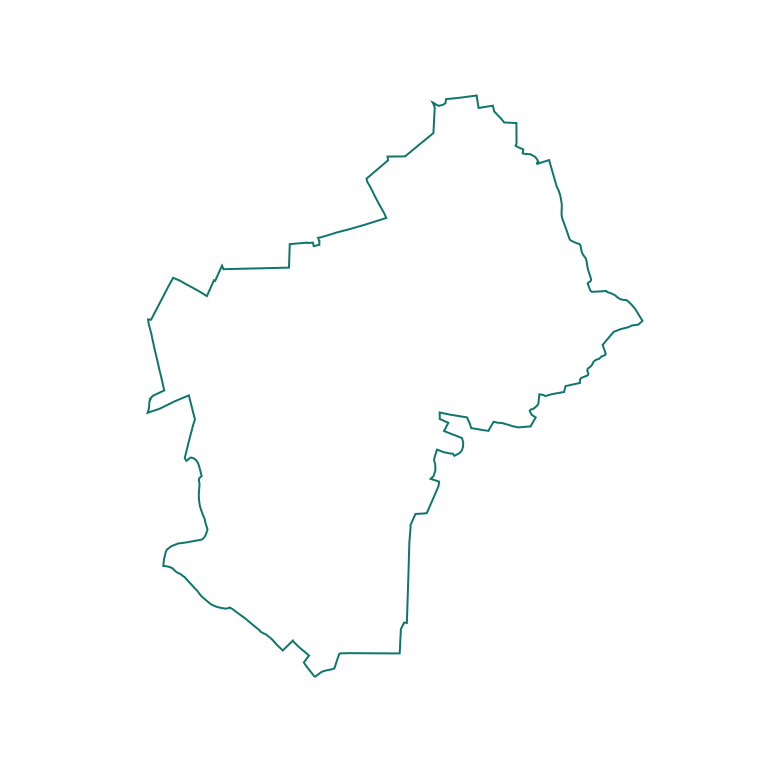 the district of Tarcea, Bihor, Romania, rotated 10°
{"feature_id": "2599482B43018225776190", "entity_name": "Tarcea", "entity_type": "district", "adm_level": 2, "iso_a3": "ROU", "parent_name": "Romania", "parent_adm1": "Bihor", "projection": "orthographic", "projection_center": [22.196, 47.457], "detail": "fine", "context": "isolated", "style": "outline", "palette": "teal", "viewbox_px": 768, "rotation_deg": 10, "n_neighbors": 0, "source": "geoboundaries", "source_scale": "gbopen_adm2", "svg_char_len": 5044}
<svg xmlns="http://www.w3.org/2000/svg" viewBox="0 0 768 768"><g transform="rotate(10 384 384)"><path d="M446.2,646.6L445.6,641.5L444.7,634.5L443.2,622.5L445.2,615.5L448.0,615.3L440.6,563.7L438.5,549.4L436.4,535.1L435.0,519.7L434.6,518.8L434.7,517.8L436.3,511.6L437.0,508.7L437.2,508.0L437.6,506.5L445.8,504.6L448.5,503.8L452.3,488.4L455.4,475.0L455.3,470.6L446.4,469.3L448.8,466.0L449.6,460.2L448.4,454.3L446.5,450.3L446.5,447.7L447.6,439.4L454.3,440.7L461.2,441.0L463.8,440.6L465.8,442.5L470.4,438.9L471.8,436.7L472.3,435.4L472.7,432.5L472.2,427.9L470.2,423.7L457.1,421.1L451.3,419.9L454.1,411.0L445.0,408.8L443.8,402.4L454.0,402.7L471.6,402.5L475.1,407.7L477.7,412.4L479.1,412.3L482.5,412.2L489.9,412.2L495.1,412.0L495.6,410.0L498.5,402.2L502.7,402.4L507.2,401.9L509.4,402.2L514.2,402.7L517.8,403.2L523.9,403.4L534.0,400.7L535.6,400.5L539.2,390.6L534.8,388.7L532.1,385.1L533.2,383.4L535.2,382.8L538.4,378.9L539.4,376.8L538.8,367.2L542.7,367.1L544.9,367.9L551.2,364.8L562.7,360.6L562.9,357.5L563.2,354.5L576.8,348.9L576.2,346.3L576.9,344.0L582.5,340.5L583.4,339.6L583.4,338.2L581.8,335.4L582.0,333.5L584.9,330.3L585.7,328.6L586.6,325.4L588.7,323.3L591.4,321.9L593.6,319.0L596.5,317.3L597.2,315.8L592.5,307.6L594.8,303.6L598.0,298.1L601.2,292.7L607.8,288.7L614.7,285.7L618.0,283.3L624.1,281.4L627.6,276.9L620.4,268.8L618.5,266.6L614.3,263.1L612.5,261.8L610.6,260.6L610.0,260.2L609.0,259.7L608.2,259.3L605.9,259.5L604.4,259.6L602.0,259.4L599.0,258.2L596.5,256.7L596.1,256.4L594.8,256.1L592.6,255.4L590.9,255.1L588.7,254.8L587.9,254.7L587.4,254.3L586.9,253.8L583.2,254.7L577.8,256.0L575.2,256.6L572.5,257.1L571.0,256.1L569.3,253.4L567.1,249.5L567.7,248.6L569.3,247.2L569.9,245.8L569.4,244.1L568.8,242.9L568.1,241.7L566.0,237.7L564.5,234.7L562.4,228.6L561.6,226.6L561.0,225.4L558.9,223.4L557.3,221.7L555.9,219.8L554.7,216.8L553.6,214.0L553.0,212.9L551.8,212.1L549.9,212.0L546.9,211.3L543.2,210.3L541.9,209.5L540.6,207.3L536.0,199.0L533.5,194.6L531.0,190.4L530.1,188.5L529.4,186.1L528.9,182.8L528.2,177.9L527.6,175.4L526.3,171.5L524.7,167.5L523.4,165.0L521.8,162.2L520.2,160.4L507.7,134.8L496.7,140.6L496.3,140.2L496.5,139.1L497.3,138.3L495.8,136.3L493.5,134.1L488.2,132.3L483.4,132.9L480.5,132.8L480.5,128.8L475.0,127.5L472.2,126.5L472.7,124.0L470.9,114.0L469.1,104.0L457.0,105.6L452.6,101.8L450.9,100.7L446.3,97.2L445.2,96.5L442.9,91.0L429.2,95.7L427.8,91.7L425.1,83.8L409.7,88.7L399.1,91.7L395.6,92.7L395.6,92.8L395.8,96.7L393.7,98.7L390.0,100.5L386.9,99.9L385.5,99.2L384.1,98.5L382.9,98.2L383.9,99.4L384.4,100.1L385.9,102.6L387.5,115.5L389.1,128.3L376.0,143.5L365.2,156.2L348.0,159.4L349.1,163.1L348.9,163.3L331.1,184.8L331.8,186.5L332.6,188.0L336.0,192.0L338.5,195.2L339.9,197.1L342.9,201.4L345.2,204.3L347.6,207.4L354.6,215.9L357.4,220.1L347.8,225.1L337.8,230.3L321.7,238.2L320.3,238.8L315.7,240.9L311.7,242.7L303.6,246.9L297.7,249.8L295.7,250.8L295.0,250.9L294.6,251.1L293.8,251.4L293.9,251.5L294.9,253.9L295.6,254.3L295.8,256.7L296.2,258.2L290.8,260.4L289.5,257.1L284.1,258.5L283.9,258.1L266.9,262.6L267.0,263.3L270.2,285.9L206.0,298.8L203.9,295.6L199.8,311.8L198.5,311.4L194.3,328.2L185.5,324.7L178.5,322.3L177.6,322.0L175.5,321.3L170.9,319.8L164.9,317.6L163.0,317.2L157.9,316.0L154.5,326.0L151.4,336.0L148.2,346.1L143.4,361.2L140.4,361.4L141.9,365.8L146.2,375.1L147.8,379.2L152.0,389.4L156.5,399.8L159.8,407.7L161.0,410.5L161.6,411.7L161.7,412.0L163.7,416.6L168.2,427.3L168.7,428.5L158.5,435.7L156.1,439.2L156.8,439.6L156.4,440.7L156.0,441.8L156.1,442.7L156.6,447.0L156.7,449.8L156.4,451.6L156.2,453.4L164.8,448.7L167.1,447.5L171.5,444.3L181.0,437.3L193.8,429.1L201.1,445.4L204.0,451.7L203.3,456.4L203.1,458.1L202.7,463.3L202.6,464.4L202.5,465.2L202.1,470.2L200.6,491.5L202.7,494.0L204.6,491.9L205.8,490.5L206.8,489.9L208.6,490.1L210.7,490.7L212.5,492.0L214.0,493.5L215.5,495.7L216.9,498.6L218.9,503.0L220.4,506.1L218.5,508.8L218.3,510.3L219.8,515.1L220.6,523.4L220.9,525.4L221.9,530.2L223.6,535.4L225.0,538.4L228.5,544.6L230.6,547.6L232.2,551.6L235.1,557.2L235.5,558.2L234.6,563.4L233.9,565.8L232.2,568.3L231.0,569.1L227.7,570.3L217.0,574.3L209.0,576.8L203.5,580.2L201.8,581.6L200.2,583.5L198.9,584.8L198.2,587.4L197.8,594.7L198.0,598.0L198.2,601.4L201.3,601.3L204.2,601.4L205.5,601.6L207.7,602.3L209.7,603.5L211.2,604.7L212.7,605.4L214.9,606.2L216.2,606.3L219.5,608.1L220.9,608.6L225.2,612.0L228.6,614.5L231.3,616.6L233.0,618.0L235.4,619.6L236.6,620.6L238.5,622.5L241.5,625.0L250.2,630.1L252.1,631.1L256.0,632.1L258.5,632.6L260.8,632.7L264.6,632.8L267.3,632.7L269.2,631.9L270.5,631.3L270.9,630.9L274.2,632.1L276.6,633.4L287.9,638.9L298.5,645.0L304.6,648.4L305.4,649.3L306.5,649.8L307.7,650.1L308.6,650.5L310.4,650.8L311.8,651.4L313.2,652.2L314.3,652.8L316.1,653.7L319.1,655.7L324.0,659.6L330.6,664.0L338.8,652.5L339.1,652.9L340.3,654.0L345.4,657.5L357.3,664.4L353.4,672.2L355.7,674.6L357.5,676.3L366.4,684.2L367.0,684.2L371.8,679.1L372.5,678.4L374.6,677.1L378.1,675.6L378.8,675.3L381.1,674.5L384.5,672.8L385.6,665.0L386.8,657.6L388.0,656.8L397.1,655.0L427.1,649.9L446.2,646.6Z" fill="none" stroke="#0f766e" stroke-width="2"/></g></svg>